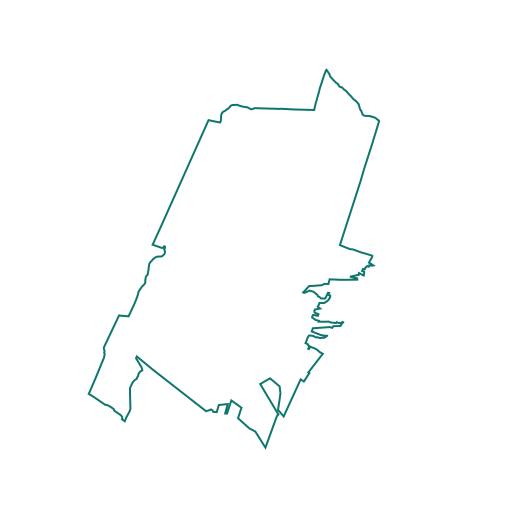 outline of Negrilesti, Galati, Romania, rotated 289°
{"feature_id": "2599482B95642529629625", "entity_name": "Negrilesti", "entity_type": "district", "adm_level": 2, "iso_a3": "ROU", "parent_name": "Romania", "parent_adm1": "Galati", "projection": "mercator", "projection_center": [27.515, 45.952], "detail": "fine", "context": "isolated", "style": "outline", "palette": "teal", "viewbox_px": 512, "rotation_deg": 289, "n_neighbors": 0, "source": "geoboundaries", "source_scale": "gbopen_adm2", "svg_char_len": 6106}
<svg xmlns="http://www.w3.org/2000/svg" viewBox="0 0 512 512"><g transform="rotate(289 256 256)"><path d="M423.7,328.5L424.0,328.1L424.3,327.7L424.3,327.0L424.5,326.4L424.7,325.8L424.9,325.4L425.1,325.0L425.2,324.7L425.5,323.6L425.5,322.7L425.5,322.1L425.5,321.6L425.4,320.8L425.6,320.1L425.3,319.7L425.2,319.2L425.3,318.7L425.4,318.0L425.1,317.0L424.9,316.1L424.7,315.7L424.4,315.2L424.2,314.1L424.0,313.2L424.0,312.1L424.2,311.6L424.3,311.0L424.6,310.5L425.6,310.0L426.0,309.5L426.6,309.0L427.1,308.6L427.8,307.9L427.9,307.6L428.1,307.3L428.4,306.9L430.5,305.3L431.1,305.0L431.6,304.5L431.9,304.3L432.3,304.2L433.1,303.5L433.3,303.1L433.5,302.6L434.2,301.7L434.5,300.9L434.9,300.4L435.0,300.1L435.2,299.8L435.4,298.8L436.0,297.2L436.2,296.7L436.4,296.3L437.1,295.2L437.8,294.2L437.9,293.9L438.5,292.7L438.8,292.0L439.0,291.6L439.3,291.1L439.5,290.6L439.8,290.2L440.4,289.0L440.7,288.6L440.9,288.3L441.2,287.9L441.4,287.6L441.6,286.7L441.7,286.3L441.8,285.9L442.0,285.2L443.5,282.2L443.3,281.5L443.2,280.5L443.4,280.0L443.5,279.7L443.7,279.3L444.0,279.0L444.2,278.7L444.5,278.5L444.6,278.2L444.7,277.9L445.1,277.8L445.3,277.6L445.5,276.9L445.7,275.8L446.5,274.0L447.8,271.4L448.5,270.2L449.6,268.2L450.2,267.4L450.8,266.9L451.6,266.5L452.5,265.3L452.8,265.0L453.0,264.8L453.4,264.2L455.0,262.0L454.6,261.8L454.1,261.7L453.4,261.7L452.5,261.7L451.4,261.7L449.7,261.5L446.7,261.6L443.8,261.6L442.3,261.7L440.9,261.7L439.6,261.7L438.4,261.7L437.1,261.7L436.0,261.7L435.1,261.8L433.0,262.0L431.5,262.1L430.0,262.2L427.6,262.3L426.3,262.4L422.5,262.6L421.7,262.7L421.0,262.7L420.0,262.7L413.0,263.5L408.2,248.3L406.9,244.1L403.4,231.9L402.6,229.9L402.5,229.5L396.8,211.3L395.7,207.5L395.3,206.5L394.9,206.0L394.3,205.5L393.3,204.1L393.2,203.5L393.3,202.1L393.5,201.2L393.7,199.9L393.8,199.4L393.5,197.9L393.1,196.2L392.9,194.4L392.8,193.2L392.8,192.4L392.7,191.5L392.7,190.6L392.9,189.6L392.8,189.0L392.6,188.4L392.3,187.6L391.8,186.6L391.4,185.2L391.1,184.4L390.5,183.9L390.0,183.4L389.4,182.9L388.5,182.8L387.5,182.3L386.1,181.5L385.6,181.3L385.1,180.5L384.0,180.1L382.9,179.2L382.3,178.6L381.4,177.8L380.9,177.5L380.3,177.5L379.3,177.3L377.9,177.2L377.1,177.4L376.6,177.5L376.1,177.7L374.0,178.4L372.9,178.6L372.0,178.8L371.4,178.6L370.6,178.6L370.1,175.5L369.8,173.5L369.4,170.2L369.2,168.3L369.0,166.9L253.7,156.6L233.0,154.6L233.0,164.6L234.4,166.1L235.3,166.1L235.2,166.8L233.8,167.3L233.0,166.9L232.9,166.9L232.6,166.9L232.3,167.1L231.4,167.9L231.0,168.2L230.8,168.4L230.2,168.5L229.5,168.7L229.1,168.8L228.7,168.8L228.1,168.8L227.8,168.7L225.9,167.7L225.3,167.4L225.2,167.2L224.7,166.5L223.8,164.4L223.5,163.3L223.0,162.5L222.0,161.4L219.6,159.8L215.7,158.1L215.1,157.9L214.5,157.8L213.7,157.7L213.3,157.7L212.5,157.9L212.0,158.1L211.6,158.2L211.3,158.2L210.9,158.2L210.4,158.2L210.1,158.3L208.0,158.9L207.7,159.0L206.7,159.0L205.9,159.1L205.4,159.2L204.5,159.4L203.8,159.6L203.4,159.6L203.2,159.5L202.4,159.3L201.7,159.0L200.9,158.8L200.1,158.7L199.8,158.7L199.3,158.8L198.9,158.9L198.3,159.0L198.1,159.1L197.7,159.1L197.0,159.1L196.5,159.4L195.9,159.7L195.2,159.9L194.5,159.9L193.6,159.8L193.1,159.7L191.8,159.1L190.3,158.3L189.4,158.1L187.7,157.5L186.0,157.1L185.1,156.8L184.0,156.6L183.2,156.7L180.9,156.9L179.9,156.9L178.8,157.0L176.6,156.9L170.7,156.6L170.0,156.5L160.7,155.5L159.0,155.3L157.5,155.2L155.4,147.0L155.3,145.9L121.7,142.1L119.4,142.0L117.6,143.2L116.3,143.9L115.2,143.9L114.5,144.5L113.5,145.0L112.0,145.1L110.9,145.4L87.0,144.0L73.6,143.0L71.2,142.7L70.1,147.8L66.2,161.8L66.6,164.2L65.8,168.9L65.4,169.5L65.0,171.3L64.2,171.8L63.6,172.4L62.6,176.0L62.0,178.2L61.4,180.2L61.0,180.8L60.5,181.5L59.7,182.2L58.9,182.5L58.5,182.5L58.0,182.4L57.3,184.7L57.0,185.7L60.6,185.9L62.2,186.1L65.8,186.7L68.8,187.1L69.9,187.1L70.9,186.9L73.1,186.1L81.6,182.9L89.9,179.9L93.0,180.1L96.1,180.5L98.3,181.3L99.4,181.9L101.1,183.2L102.8,183.2L103.8,183.6L105.1,183.5L106.0,183.3L106.8,183.3L109.1,184.2L110.8,185.7L112.2,184.9L113.7,183.8L120.2,175.9L122.2,176.0L115.0,195.3L93.0,259.3L93.7,260.2L94.1,260.9L96.3,263.5L95.8,265.2L94.7,266.4L95.6,269.7L103.0,269.4L106.8,277.5L97.1,278.1L97.5,279.9L111.4,279.7L107.8,291.7L96.8,291.8L90.9,305.6L89.8,312.5L77.9,327.3L101.1,327.7L109.4,327.8L112.1,328.1L112.8,328.2L113.4,328.8L136.3,301.7L137.5,302.7L144.9,309.1L140.4,320.8L133.9,323.9L124.9,325.6L117.7,326.9L113.3,334.4L153.9,338.4L152.9,342.1L162.6,344.6L162.9,343.4L185.3,351.0L185.7,348.4L186.2,346.7L186.8,345.4L187.1,344.5L187.6,342.6L187.8,341.0L187.8,338.2L188.0,336.8L185.2,336.3L185.3,335.6L188.1,335.9L188.3,334.9L188.6,334.3L189.2,334.1L189.5,333.4L189.7,332.7L189.6,331.9L189.7,331.2L191.4,331.3L195.2,331.4L197.7,331.8L198.2,332.3L198.5,333.3L199.0,336.1L198.9,337.4L198.5,338.9L199.2,340.7L199.2,342.2L199.3,343.1L199.6,344.0L200.3,345.2L200.7,346.7L200.7,346.9L202.2,348.0L202.8,348.8L203.3,349.1L203.7,349.1L202.8,346.1L202.4,342.8L202.8,333.3L206.2,333.3L210.9,344.4L212.8,348.8L212.9,351.5L214.8,351.9L217.2,358.4L217.9,358.9L219.0,358.9L221.7,360.0L221.9,359.6L220.3,357.8L219.6,356.0L219.7,353.9L218.7,353.5L218.7,353.1L218.4,352.5L217.5,348.3L217.6,345.8L217.1,344.8L216.0,341.7L214.3,336.6L215.2,336.5L214.9,333.3L216.2,329.0L217.2,329.0L218.6,329.0L219.0,329.7L219.6,334.0L221.3,334.0L221.6,329.8L223.1,329.0L224.6,329.2L227.2,333.7L228.2,330.8L230.3,331.3L232.3,331.3L233.7,335.7L235.9,337.6L238.2,338.9L239.6,339.3L240.7,339.1L241.3,339.5L242.8,339.1L242.8,338.2L242.7,336.8L244.9,337.1L244.7,336.1L238.4,335.3L237.0,331.4L238.0,329.1L238.1,327.6L239.2,326.8L240.9,322.0L240.7,317.9L237.3,314.3L236.8,313.4L236.9,312.5L245.0,316.1L246.4,319.9L249.9,327.9L251.9,329.7L253.1,333.6L257.9,333.2L261.3,344.6L266.6,359.5L267.8,359.0L267.0,351.6L271.7,359.3L273.4,358.9L272.6,364.2L274.1,364.1L276.3,363.4L276.4,361.2L278.5,361.3L278.7,362.9L279.3,363.3L280.8,363.2L281.7,364.0L282.7,364.4L282.5,365.1L282.7,366.2L284.0,366.1L284.5,368.6L285.3,370.0L285.8,368.2L286.5,365.0L289.7,365.5L292.8,366.2L294.1,365.8L294.0,360.7L293.6,353.8L293.8,345.6L293.1,342.7L293.6,331.8L360.7,330.5L372.5,329.9L401.0,329.3L423.7,328.5Z" fill="none" stroke="#0f766e" stroke-width="2"/></g></svg>